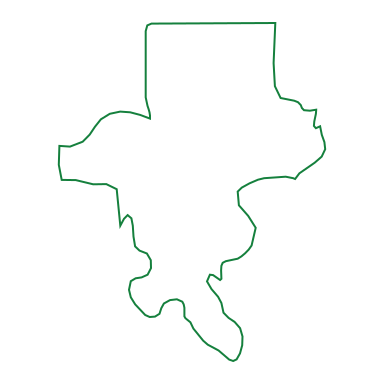 SVG path tracing the border of Zamboanga del Sur
{"feature_id": "PHL-2522", "entity_name": "Zamboanga del Sur", "entity_type": "Province", "adm_level": 1, "iso_a3": "PHL", "parent_name": "Philippines", "parent_adm1": "", "projection": "natural_earth1", "projection_center": [123.35, 7.8], "detail": "fine", "context": "isolated", "style": "outline", "palette": "green", "viewbox_px": 384, "rotation_deg": 0, "n_neighbors": 0, "source": "natural_earth", "source_scale": "10m", "svg_char_len": 1609}
<svg xmlns="http://www.w3.org/2000/svg" viewBox="0 0 384 384"><path d="M316.2,109.7L316.2,109.9L315.9,113.8L314.3,121.4L313.9,125.9L314.4,126.5L315.9,128.2L320.1,126.3L321.8,134.8L324.4,142.1L325.2,149.2L321.7,156.6L314.7,162.7L299.4,173.3L295.1,179.0L293.2,178.2L285.7,176.7L264.1,178.2L258.0,179.7L249.6,183.3L241.8,187.6L237.7,191.6L238.9,205.3L248.2,215.9L255.7,227.8L251.6,245.5L248.7,249.6L245.1,253.3L241.4,256.4L237.7,258.7L225.8,261.2L222.7,262.8L221.4,265.8L221.1,270.3L221.4,278.8L220.1,280.0L213.1,275.1L209.9,274.7L207.0,281.4L211.5,289.1L218.1,296.8L221.4,303.0L223.5,312.7L228.6,317.9L234.7,322.0L240.1,328.2L242.5,336.5L242.2,345.3L240.0,353.4L236.6,359.4L233.1,361.0L229.2,359.6L218.6,350.5L207.8,344.7L203.2,340.7L193.4,328.6L190.4,322.3L185.5,318.3L184.4,316.4L184.4,307.8L183.7,304.4L182.3,301.7L176.9,299.3L170.0,300.1L163.9,303.5L161.3,308.2L159.5,313.8L155.0,316.6L149.7,317.0L145.2,315.0L135.2,304.4L130.8,297.3L129.0,289.8L130.8,281.2L135.6,278.3L141.6,277.4L147.6,274.7L151.0,268.1L150.8,260.2L146.9,253.5L139.5,250.6L135.1,246.4L133.5,236.6L132.8,225.7L131.4,218.3L127.6,215.1L124.0,218.8L120.3,225.7L116.7,189.2L106.3,184.1L93.2,184.3L75.8,180.1L61.7,179.9L58.8,164.8L59.4,145.9L70.0,146.6L82.7,141.7L89.7,134.6L95.0,126.7L100.9,119.3L109.8,113.8L120.2,111.6L130.2,112.3L140.1,114.9L150.0,118.6L150.0,115.5L149.5,112.3L148.6,109.1L147.5,105.8L145.7,97.4L145.7,31.1L147.3,25.4L151.5,23.6L275.2,23.0L275.3,23.0L273.6,63.1L274.9,86.2L280.6,98.0L294.2,100.7L298.0,102.2L300.8,105.1L301.9,108.0L304.0,110.2L309.9,110.7L316.2,109.7Z" fill="none" stroke="#15803d" stroke-width="2"/></svg>